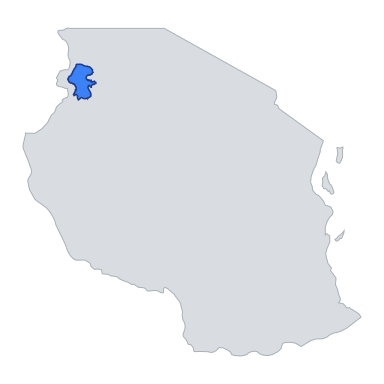 location of Biharamulo, Geita, United Republic of Tanzania
{"feature_id": "72390352B49618457772181", "entity_name": "Biharamulo", "entity_type": "district", "adm_level": 2, "iso_a3": "TZA", "parent_name": "United Republic of Tanzania", "parent_adm1": "Geita", "projection": "mercator", "projection_center": [31.336, -2.772], "detail": "fine", "context": "in_parent", "style": "filled", "palette": "blue", "viewbox_px": 384, "rotation_deg": 0, "n_neighbors": 0, "source": "geoboundaries", "source_scale": "gbopen_adm2", "svg_char_len": 7467}
<svg xmlns="http://www.w3.org/2000/svg" viewBox="0 0 384 384"><path d="M132.1,284.6L127.2,282.0L122.7,280.4L119.0,278.6L117.4,276.9L113.9,276.2L110.9,276.0L108.2,274.3L102.5,273.8L101.9,272.7L101.8,270.3L100.8,269.7L98.7,269.1L96.5,269.1L95.1,269.5L94.3,269.3L92.5,267.9L90.8,266.1L90.1,263.3L87.5,261.5L84.5,260.0L76.2,260.2L74.9,259.7L72.9,258.3L70.6,255.9L68.8,253.2L67.1,249.6L65.4,244.6L55.9,224.9L54.9,221.2L53.1,217.1L50.0,212.0L46.8,208.2L42.4,204.8L37.4,201.4L34.8,199.1L29.6,189.9L28.6,185.5L27.8,181.1L28.1,179.2L31.3,173.5L31.6,171.8L31.3,169.6L29.7,165.0L27.7,159.5L23.6,149.3L23.0,146.7L23.1,144.8L25.5,134.5L25.5,133.1L35.0,133.3L42.0,128.7L48.0,122.0L49.2,119.2L51.7,114.8L54.1,112.7L55.1,111.2L56.5,106.9L59.6,104.0L62.7,101.7L62.1,100.1L62.6,99.6L64.2,98.4L67.5,97.3L68.2,95.1L68.2,92.5L67.6,91.1L67.7,89.5L67.2,88.5L65.1,88.3L61.9,87.0L59.2,86.5L57.4,85.8L56.7,85.2L56.4,83.7L57.9,79.7L56.4,78.1L59.8,71.6L60.4,70.8L61.6,70.7L63.5,70.0L65.2,69.7L66.7,69.9L67.8,69.7L68.7,68.9L69.5,66.7L70.2,63.0L69.8,60.0L68.4,57.7L68.0,54.1L68.7,49.3L68.2,45.4L66.7,42.2L65.1,40.3L62.7,39.4L59.0,34.6L57.8,32.3L58.0,30.8L59.3,30.2L61.7,30.4L64.0,29.9L66.1,28.5L68.1,28.1L69.2,28.4L164.3,28.4L275.4,90.4L275.9,91.1L276.8,96.5L276.6,98.3L274.9,101.4L274.4,103.0L274.3,104.1L274.8,104.5L276.2,104.7L277.5,105.4L277.9,106.0L278.9,108.3L280.1,109.5L322.3,140.0L323.3,140.5L322.7,143.0L320.3,149.2L320.2,151.8L319.2,154.9L318.3,156.9L315.9,165.6L313.9,168.9L311.1,176.6L310.6,182.4L312.2,186.5L312.7,190.4L316.0,194.2L318.6,195.5L320.4,197.3L323.5,201.2L325.3,205.2L330.9,207.1L333.1,211.6L332.3,214.6L329.7,217.2L327.3,221.3L325.3,226.7L325.3,234.9L326.6,233.7L329.6,235.7L329.9,241.8L326.9,248.9L325.9,252.2L325.8,255.0L328.0,263.5L331.4,267.8L331.1,269.2L330.3,270.3L336.0,278.0L335.5,284.7L337.7,289.9L338.6,294.4L340.1,297.8L340.3,300.2L338.6,302.9L342.8,303.5L345.2,305.7L346.4,307.8L349.4,307.7L351.1,309.1L353.5,310.3L358.7,313.7L360.1,315.5L361.0,317.2L346.6,328.2L341.3,331.0L337.6,332.3L333.7,333.0L329.9,334.8L326.3,337.5L321.8,338.9L316.2,338.9L310.3,340.8L301.1,346.5L295.8,343.3L291.6,342.3L286.8,342.4L283.8,342.8L282.8,343.5L281.8,345.4L281.1,348.6L277.9,351.7L272.3,354.6L267.2,355.7L262.5,354.9L259.4,353.7L257.7,352.0L255.3,351.2L252.0,351.4L249.0,352.6L246.0,354.9L241.3,355.9L234.8,355.6L231.4,354.4L230.9,352.5L228.1,350.3L222.9,347.8L219.1,347.7L216.6,350.2L214.4,351.7L212.3,352.3L210.5,352.4L207.9,351.7L200.8,351.5L194.0,351.6L193.3,348.0L191.9,345.9L190.7,344.6L188.4,344.3L187.7,343.3L186.9,341.1L185.8,339.2L184.3,337.6L183.3,336.2L183.0,334.9L183.3,333.4L184.7,329.8L185.1,327.3L185.0,324.7L184.2,322.1L182.6,319.0L182.8,318.1L182.2,316.0L182.2,314.6L182.5,312.7L182.2,310.3L180.8,305.1L180.8,303.8L179.3,301.3L174.8,295.4L174.6,294.6L167.6,288.6L164.8,287.3L163.7,288.4L163.4,289.5L163.7,291.4L163.5,292.3L163.2,292.8L161.5,292.7L160.5,292.5L157.8,290.9L155.7,290.5L150.6,290.8L148.8,291.1L147.3,290.8L144.6,288.0L141.4,287.5L138.5,287.3L133.8,284.2L132.1,284.6ZM331.6,185.6L333.9,192.1L333.6,193.3L332.0,194.1L331.2,194.1L330.1,193.1L329.4,190.9L328.2,191.4L326.0,188.8L323.9,188.7L322.1,185.6L322.8,182.8L322.4,178.2L324.7,175.8L325.9,171.8L327.4,174.5L327.7,178.8L329.7,183.8L331.6,185.6ZM342.8,147.0L343.0,148.5L342.5,149.9L342.6,154.5L342.4,157.6L340.7,161.8L339.3,163.3L338.0,162.9L337.0,162.2L336.2,161.0L337.8,153.3L337.0,147.6L340.2,148.1L342.8,147.0ZM338.1,240.7L336.5,241.1L335.9,240.7L334.9,239.5L336.6,238.4L338.3,236.3L342.2,233.2L344.1,230.7L343.8,233.1L341.6,238.4L339.7,238.7L338.1,240.7Z" fill="#d9dde1" stroke="#a8b0b8" stroke-width="1"/><path d="M90.9,95.3L90.9,95.1L90.9,94.4L90.7,94.2L90.8,94.1L90.7,93.9L90.8,93.8L90.7,93.6L90.8,93.3L90.7,93.1L90.4,92.7L90.4,92.4L90.2,91.9L89.5,90.9L89.3,90.2L89.0,89.9L88.9,89.5L88.6,89.0L88.5,88.8L88.2,88.4L88.0,87.9L87.9,87.6L88.0,87.4L87.9,87.2L88.1,86.8L88.3,86.7L88.3,86.0L88.3,85.9L88.7,85.7L89.0,85.5L89.1,85.4L89.3,85.7L89.6,85.9L89.9,86.2L90.2,86.4L90.4,86.4L90.6,86.7L90.6,86.9L90.8,87.1L91.0,87.3L91.3,87.3L91.3,87.1L91.3,86.8L91.3,86.4L91.4,86.1L91.5,85.6L91.6,85.4L91.9,85.1L91.9,84.9L92.1,84.7L92.7,84.7L93.0,84.5L93.4,84.3L93.8,84.3L94.0,84.5L94.3,84.3L95.1,83.6L95.5,83.5L95.7,83.4L95.8,83.4L95.7,83.1L95.8,82.8L95.8,82.5L95.7,82.5L95.4,82.3L95.1,82.0L94.9,81.9L94.7,81.8L94.6,81.7L94.4,81.2L94.2,81.3L94.1,81.5L93.8,81.7L93.3,81.6L92.7,81.6L92.6,81.9L92.2,81.9L91.7,81.9L91.4,81.7L90.9,81.6L90.7,81.4L90.6,80.7L91.0,80.6L91.3,80.7L91.2,80.4L91.1,80.2L90.6,80.3L90.3,80.2L90.1,80.2L90.1,80.3L90.1,80.5L89.7,80.6L89.3,80.5L89.1,80.5L89.1,80.2L88.9,80.0L88.6,79.9L88.3,80.2L88.1,80.5L87.8,80.3L87.5,80.2L87.5,79.9L87.4,79.6L87.4,79.4L87.0,79.3L86.7,79.2L86.3,78.8L86.2,78.4L86.2,78.1L86.1,77.9L86.1,77.6L86.2,77.1L86.7,76.2L86.9,76.0L87.1,75.8L87.3,75.5L87.7,75.2L87.9,75.3L88.3,75.3L88.6,75.2L88.9,75.2L89.1,74.8L89.5,74.7L89.8,74.9L89.9,75.0L90.0,75.1L90.3,75.0L90.6,74.8L90.7,74.5L90.9,74.3L91.1,74.3L91.3,74.3L91.5,74.1L91.8,74.2L92.0,74.1L92.0,73.9L92.0,73.6L92.2,73.2L92.3,73.0L92.3,72.7L92.5,72.4L93.0,72.3L92.9,72.1L92.6,71.6L92.5,71.4L92.3,71.1L92.4,70.5L92.6,69.9L92.4,69.6L90.2,67.4L89.6,66.8L89.1,66.8L88.6,66.7L88.3,66.7L88.0,66.7L87.9,66.5L87.7,66.4L87.5,66.2L87.3,66.3L87.1,66.3L86.9,66.4L85.7,66.1L85.2,66.0L84.8,66.0L84.5,65.8L84.4,65.8L84.1,65.7L81.4,64.3L81.2,64.3L80.7,64.4L80.3,64.3L80.0,64.3L79.7,64.2L78.7,64.3L78.4,64.3L76.7,64.3L76.6,64.7L76.4,64.9L76.2,64.9L76.2,65.0L76.2,65.6L75.8,66.4L75.9,66.6L75.1,67.8L74.8,68.2L74.6,68.5L74.0,69.2L74.0,69.5L73.6,70.1L73.6,70.4L73.3,70.9L73.1,71.1L72.9,71.3L72.8,71.7L72.7,71.9L72.6,72.0L72.6,72.4L72.6,72.5L72.4,72.8L72.3,73.1L72.2,73.1L72.0,73.3L71.8,73.8L71.8,74.0L71.5,74.2L71.5,74.4L71.4,74.4L71.4,74.5L71.2,74.9L71.0,75.2L70.9,75.6L70.7,75.8L70.0,76.0L69.7,76.1L69.5,76.3L69.4,76.3L69.2,76.3L69.0,76.5L69.0,76.9L68.9,77.1L68.8,77.5L68.7,77.7L68.5,78.0L68.4,78.0L68.1,78.2L68.1,78.4L68.0,78.5L68.0,79.0L67.8,79.2L67.9,79.4L68.2,79.6L68.4,79.8L68.3,80.0L68.3,80.3L68.3,80.5L68.5,80.6L68.5,80.9L68.7,81.2L69.1,81.5L69.0,81.8L69.7,82.1L69.8,82.2L69.9,82.4L70.0,82.8L70.5,83.0L71.0,83.2L71.4,83.1L71.6,83.0L71.7,82.9L71.8,83.0L72.0,83.0L72.4,83.3L72.5,83.4L72.6,83.7L72.7,83.8L73.1,84.0L73.1,83.9L73.3,84.0L73.6,83.9L73.8,83.9L74.1,83.8L74.3,83.9L74.2,83.9L74.3,84.1L74.5,84.3L74.7,84.5L74.8,84.6L74.7,85.0L74.8,85.1L75.0,85.3L75.2,85.6L75.4,85.8L75.3,86.3L75.4,86.6L75.5,86.7L75.6,86.8L75.8,86.7L75.9,87.0L76.0,87.2L76.0,87.3L76.1,87.6L76.3,87.9L76.4,88.0L76.3,88.5L76.2,88.6L76.2,89.0L75.9,89.2L76.0,89.4L76.0,89.5L76.1,89.8L76.1,90.0L75.8,90.1L75.8,90.3L75.7,90.3L75.8,90.4L75.7,90.5L75.5,90.8L75.4,91.0L75.5,91.1L75.4,91.2L75.4,91.3L75.1,91.5L75.0,91.8L75.0,92.0L74.8,92.1L74.8,92.4L74.7,92.4L74.7,92.5L74.4,92.8L74.3,93.0L74.2,93.8L74.0,94.0L73.8,94.0L73.8,94.3L73.5,94.5L73.6,94.8L73.8,94.9L74.0,94.9L74.0,95.0L74.3,95.0L74.2,95.1L74.1,95.3L74.3,95.4L74.3,95.5L74.8,95.3L74.8,95.2L74.9,94.8L75.0,94.6L75.3,94.6L75.9,94.5L76.1,94.5L76.3,94.5L76.5,94.7L76.8,95.0L77.0,95.2L77.1,95.3L77.3,95.5L77.4,95.9L77.5,95.9L77.6,96.1L77.5,96.5L77.4,96.6L77.4,97.4L77.5,97.8L77.9,98.7L77.9,98.9L77.9,99.0L78.0,99.3L78.4,99.8L78.5,99.9L80.6,98.1L81.2,97.7L81.5,97.6L81.8,97.6L82.1,97.7L82.6,98.0L82.9,98.3L83.4,98.5L84.0,98.7L85.1,98.7L86.1,98.6L86.3,98.5L86.8,98.1L87.1,98.0L87.3,98.0L87.7,98.2L87.8,98.3L87.8,98.5L88.0,98.3L88.5,97.8L88.8,97.6L88.9,97.4L89.5,97.2L90.0,96.8L90.2,96.7L90.4,96.6L90.7,96.4L90.7,96.1L90.8,95.8L90.8,95.7L90.9,95.3Z" fill="#3b82f6" stroke="#1e3a8a" stroke-width="1.5"/></svg>